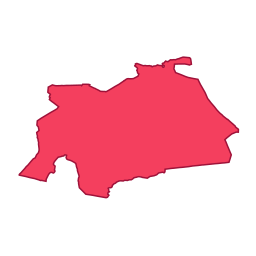 Pureņu pag., Ludzas, Latvia, rotated 178°
{"feature_id": "27541924B20679895578049", "entity_name": "Pureņu pag.", "entity_type": "district", "adm_level": 2, "iso_a3": "LVA", "parent_name": "Latvia", "parent_adm1": "Ludzas", "projection": "natural_earth1", "projection_center": [27.639, 56.462], "detail": "fine", "context": "isolated", "style": "filled", "palette": "rose", "viewbox_px": 256, "rotation_deg": 178, "n_neighbors": 0, "source": "geoboundaries", "source_scale": "gbopen_adm2", "svg_char_len": 5479}
<svg xmlns="http://www.w3.org/2000/svg" viewBox="0 0 256 256"><g transform="rotate(178 128 128)"><path d="M116.8,192.2L117.7,192.1L118.4,191.7L118.3,191.2L118.1,190.9L118.4,190.5L119.0,190.1L119.1,189.9L119.0,189.7L118.5,189.4L118.1,189.1L117.7,188.6L117.3,188.4L117.0,188.1L116.7,187.7L116.4,187.2L116.5,186.6L116.8,186.1L117.2,185.3L117.1,185.0L117.0,184.8L116.7,184.7L116.5,182.7L115.3,181.7L115.5,181.1L116.1,179.8L116.2,179.4L120.9,177.2L122.7,177.1L123.7,177.1L125.1,177.2L125.7,177.3L126.3,177.3L126.6,177.3L127.1,177.2L128.1,176.8L128.2,176.7L129.1,176.1L129.4,175.9L130.0,175.6L129.9,175.5L133.2,173.5L135.1,172.2L139.6,169.9L143.3,167.8L148.0,165.3L149.0,165.0L149.7,165.3L151.9,165.4L154.2,165.6L156.1,166.8L158.6,168.1L159.7,168.8L160.4,169.0L165.3,171.6L165.3,171.8L164.7,172.6L165.7,173.0L169.2,173.2L171.8,173.3L171.9,173.2L172.1,172.9L172.7,172.1L172.8,172.0L172.9,171.9L173.6,172.5L185.2,172.6L188.0,172.7L191.0,172.6L192.7,172.8L193.6,172.7L193.8,172.7L197.7,172.7L199.4,172.9L202.1,173.7L206.3,171.6L206.3,170.7L206.5,169.7L206.8,167.1L206.8,166.4L204.4,164.4L204.8,163.6L205.2,162.9L205.5,162.0L205.6,161.8L204.8,161.1L204.7,161.0L204.8,160.8L205.6,159.3L205.6,159.2L203.2,157.1L202.0,156.2L199.7,154.3L196.8,151.9L196.6,151.7L198.2,149.7L201.8,147.7L204.2,146.5L214.8,140.6L218.4,138.3L218.9,134.4L218.8,133.7L217.6,132.3L217.0,128.6L219.4,126.7L219.1,124.3L218.8,123.7L218.8,123.1L219.0,121.7L218.9,121.7L218.7,121.2L218.3,119.8L218.3,118.9L217.8,116.4L218.0,115.2L217.6,110.5L217.6,108.9L218.4,106.4L220.3,104.4L221.8,101.4L223.7,100.5L226.0,98.1L229.5,94.2L231.0,93.0L232.5,91.2L235.2,88.4L236.2,87.3L237.8,85.9L238.3,85.3L238.3,84.7L231.5,83.0L227.9,81.9L223.0,80.7L222.5,80.5L218.7,79.2L217.4,78.6L215.9,78.6L211.8,77.6L211.5,79.7L211.3,80.1L209.2,84.0L208.7,84.7L208.4,85.1L207.5,86.0L206.7,86.3L205.6,86.3L204.5,85.7L204.2,85.6L203.9,85.7L203.6,85.9L203.0,86.5L202.8,86.9L202.6,87.1L202.5,87.4L202.5,87.7L203.0,88.5L203.0,88.8L202.8,89.1L202.6,90.3L202.2,92.3L202.2,92.5L203.1,93.3L203.5,93.9L203.8,94.5L203.7,94.9L203.0,96.5L201.9,97.9L200.4,99.6L199.0,101.0L198.9,101.2L198.6,101.3L197.9,101.4L195.7,101.8L195.1,102.1L193.3,102.3L193.0,102.4L192.9,102.7L192.7,102.9L192.3,103.3L191.1,103.2L190.3,102.9L190.9,100.5L190.2,99.0L188.9,98.3L187.7,98.0L185.7,97.2L184.7,96.6L183.0,95.6L181.4,94.4L181.3,93.6L181.0,92.7L181.0,91.9L180.5,89.8L180.1,89.4L180.0,87.0L178.6,82.0L178.6,81.2L178.6,80.9L179.2,79.7L179.7,76.8L179.3,76.2L179.3,75.1L179.3,74.0L178.7,70.0L178.4,69.7L177.7,68.9L175.7,66.8L172.5,63.3L165.6,62.0L160.8,60.9L152.3,59.1L152.0,59.2L150.9,59.5L150.4,60.3L149.4,61.5L149.7,62.0L150.0,62.2L150.2,62.4L150.6,62.6L150.6,63.0L150.3,63.4L150.2,64.1L150.0,64.3L149.8,64.6L148.9,64.8L148.8,65.0L149.0,65.1L149.4,65.5L149.5,65.9L149.4,66.3L149.4,66.8L149.5,67.4L149.9,68.2L149.9,68.5L149.6,68.7L149.2,68.9L148.2,69.0L147.4,68.9L147.2,68.9L146.9,69.1L146.7,69.2L146.5,69.4L146.2,69.5L145.9,69.9L145.6,71.3L145.5,71.5L144.8,71.8L144.7,71.9L144.6,72.1L144.4,72.2L144.2,72.6L143.8,72.9L143.1,73.0L142.5,73.3L142.1,73.6L141.7,73.9L141.6,74.2L140.4,74.7L139.2,75.2L138.3,75.4L137.5,75.5L136.0,75.4L135.4,75.3L134.3,75.3L134.1,75.4L133.6,75.7L133.2,75.8L132.5,75.8L130.3,75.6L128.9,76.1L127.7,76.2L126.8,76.1L126.4,76.2L125.3,76.8L124.9,77.1L123.8,78.1L123.2,78.1L122.9,78.3L122.7,78.3L121.3,78.5L120.7,78.7L119.9,78.9L119.2,79.0L118.8,79.0L118.1,78.9L116.6,78.6L116.1,78.5L115.8,78.3L115.7,78.2L110.4,77.2L107.8,78.8L103.5,79.4L102.7,79.7L101.1,80.2L100.9,80.3L99.1,81.9L98.9,82.0L95.1,82.6L94.7,82.5L94.0,82.3L93.9,82.2L93.7,82.0L93.4,82.0L93.0,82.5L92.9,82.6L92.7,82.8L92.8,82.9L92.7,83.0L92.6,83.7L92.5,84.5L92.4,84.6L92.4,85.5L86.5,86.1L83.0,86.3L78.0,86.7L75.4,86.8L68.5,87.3L64.7,87.8L63.1,87.9L59.5,88.1L55.0,88.5L53.9,88.5L42.0,89.3L39.3,89.4L35.6,89.7L32.7,89.8L28.3,90.2L27.0,93.8L26.2,96.2L25.8,97.3L25.8,97.8L27.1,101.1L27.4,102.0L27.9,103.2L28.2,104.1L29.0,106.1L30.6,110.6L31.3,112.2L31.6,113.0L30.1,114.2L30.1,114.3L24.6,118.4L20.1,120.1L17.9,120.0L17.7,122.7L17.9,123.1L18.1,123.2L20.5,125.2L20.5,125.4L20.9,126.3L25.7,130.8L28.1,133.2L28.4,133.1L28.9,133.5L32.5,136.6L33.5,137.8L34.9,139.0L35.8,139.8L38.6,143.0L40.9,146.2L44.2,150.3L46.2,153.1L47.4,154.7L49.3,159.6L50.0,161.2L53.7,168.2L54.0,168.7L55.7,172.5L56.4,174.2L60.6,175.1L66.1,176.4L68.7,177.4L72.4,179.1L75.9,180.6L78.5,181.7L79.5,184.2L80.1,185.5L79.6,187.8L79.3,190.2L74.6,190.2L71.0,190.1L68.9,190.0L65.1,189.1L64.6,188.8L62.4,189.5L62.7,192.7L63.0,194.9L63.2,195.3L64.0,196.1L69.2,196.8L70.6,196.9L73.6,196.0L73.9,195.7L74.0,195.6L74.4,195.7L74.9,195.4L75.4,195.5L75.8,195.4L76.3,195.1L76.6,195.1L77.1,195.0L77.8,194.6L80.3,194.7L81.9,194.5L82.7,194.7L83.3,194.6L83.9,194.2L84.7,193.6L85.2,193.2L85.4,193.0L85.8,193.0L85.9,192.9L86.3,192.9L86.5,193.1L87.2,193.2L87.4,193.3L88.0,193.6L88.3,193.3L88.7,193.0L89.4,192.1L89.5,192.0L89.9,191.7L90.7,191.6L91.2,191.4L91.4,191.2L91.5,191.0L91.4,190.6L91.1,190.1L90.7,189.6L90.3,189.4L89.8,189.2L89.6,189.0L89.6,188.7L90.0,187.7L90.3,187.5L90.5,187.4L90.8,187.4L91.0,187.5L91.4,188.1L91.6,188.6L91.8,188.9L92.1,189.1L92.4,189.2L94.3,189.4L95.0,189.5L95.4,189.7L96.2,190.0L96.4,190.0L96.6,190.0L96.7,189.9L96.8,189.7L97.1,189.5L98.3,189.1L98.9,189.0L99.7,189.1L100.2,189.0L101.3,188.5L101.5,188.4L101.8,188.4L102.0,188.5L102.2,188.8L102.2,189.0L102.3,189.1L103.1,189.1L103.7,189.4L104.6,189.6L105.5,189.5L107.2,189.5L108.1,189.8L109.6,189.8L110.6,189.7L116.8,192.2Z" fill="#f43f5e" stroke="#9f1239" stroke-width="1.5"/></g></svg>